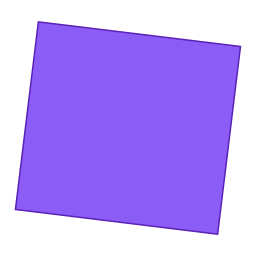 outline of York, Nebraska, United States of America, rotated 7°
{"feature_id": "52423323B45895335314976", "entity_name": "York", "entity_type": "district", "adm_level": 2, "iso_a3": "USA", "parent_name": "United States of America", "parent_adm1": "Nebraska", "projection": "robinson", "projection_center": [-97.673, 40.873], "detail": "fine", "context": "isolated", "style": "filled", "palette": "violet", "viewbox_px": 256, "rotation_deg": 7, "n_neighbors": 0, "source": "geoboundaries", "source_scale": "gbopen_adm2", "svg_char_len": 234}
<svg xmlns="http://www.w3.org/2000/svg" viewBox="0 0 256 256"><g transform="rotate(7 128 128)"><path d="M26.1,33.6L26.2,222.6L26.7,222.6L229.9,222.5L229.7,33.4L26.1,33.6Z" fill="#8b5cf6" stroke="#5b21b6" stroke-width="1.5"/></g></svg>